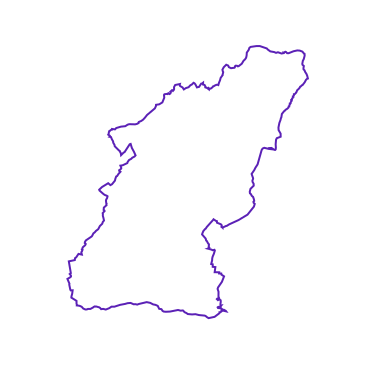 Gilau, Cluj, Romania (Natural Earth projection), rotated 166°
{"feature_id": "2599482B93154387611323", "entity_name": "Gilau", "entity_type": "district", "adm_level": 2, "iso_a3": "ROU", "parent_name": "Romania", "parent_adm1": "Cluj", "projection": "natural_earth1", "projection_center": [23.329, 46.73], "detail": "fine", "context": "isolated", "style": "outline", "palette": "violet", "viewbox_px": 384, "rotation_deg": 166, "n_neighbors": 0, "source": "geoboundaries", "source_scale": "gbopen_adm2", "svg_char_len": 5977}
<svg xmlns="http://www.w3.org/2000/svg" viewBox="0 0 384 384"><g transform="rotate(166 192 192)"><path d="M195.1,293.5L195.7,292.9L196.1,290.2L199.1,286.1L202.6,285.0L205.8,285.3L206.2,284.1L207.8,282.1L217.0,277.6L219.7,275.5L222.0,274.0L224.1,273.2L226.7,272.8L227.1,272.4L227.2,271.8L228.9,271.4L230.8,271.4L236.5,273.0L238.2,272.9L240.8,272.0L245.1,272.6L250.0,272.4L251.6,271.4L254.3,272.5L254.5,271.9L255.1,272.0L257.4,271.1L257.3,270.9L258.1,270.3L258.9,268.4L259.4,267.9L258.1,266.5L258.1,265.8L258.6,265.5L257.3,264.9L257.0,262.6L256.3,260.2L256.5,258.9L255.8,256.5L255.9,255.1L252.9,250.1L252.1,249.1L252.2,248.7L251.7,247.1L251.9,244.9L248.8,246.8L247.8,247.0L240.9,253.4L239.9,253.5L239.7,249.3L238.6,245.1L237.9,241.2L239.2,240.3L241.7,239.7L242.9,238.9L245.3,238.3L247.1,236.8L247.8,235.7L252.9,234.7L255.1,234.9L254.8,232.8L255.0,231.9L256.3,231.1L257.4,230.8L257.5,230.6L257.4,229.7L256.6,228.9L259.0,227.3L260.8,225.6L261.8,225.4L263.1,223.5L264.0,221.7L267.7,218.9L269.5,218.4L271.2,220.8L278.1,218.6L281.5,216.7L281.4,215.8L278.3,211.3L277.2,210.1L275.7,209.1L275.0,208.3L275.8,206.7L277.1,205.4L277.6,204.3L277.9,201.8L277.7,201.4L278.1,200.8L278.1,199.9L281.3,198.2L282.1,195.9L281.6,195.4L281.4,194.7L283.8,193.1L283.8,192.2L284.3,190.4L284.2,188.6L284.3,185.6L285.8,184.5L286.8,182.9L289.6,181.3L292.0,178.6L294.6,177.5L296.1,176.4L297.7,175.7L299.5,173.6L300.2,173.1L306.7,170.7L308.0,169.4L308.4,168.4L307.7,167.5L307.9,166.9L308.6,166.2L311.3,164.8L311.9,164.0L312.3,163.2L312.2,162.7L312.7,162.7L312.6,162.1L313.0,161.2L314.0,160.3L314.0,157.9L317.1,159.4L320.2,156.6L321.5,156.1L322.2,154.3L328.3,154.5L329.2,142.6L330.5,142.0L329.7,140.3L329.9,139.2L331.1,138.6L333.9,137.8L333.1,132.6L333.5,131.9L333.7,126.7L333.5,125.9L331.6,125.5L332.9,122.2L334.2,119.9L334.6,118.7L330.4,114.3L331.1,111.4L330.9,110.4L331.2,109.8L329.1,109.0L328.1,108.4L326.8,107.3L325.7,105.2L323.9,103.8L322.4,103.5L321.3,103.7L318.9,103.1L315.6,104.0L315.2,104.3L313.9,104.5L313.6,104.2L312.7,104.1L309.9,102.5L309.2,101.7L308.5,100.3L306.5,100.1L304.1,98.8L300.4,99.3L297.9,100.2L294.9,99.5L289.1,99.9L284.0,99.6L281.4,99.7L278.4,99.2L275.8,97.2L273.9,96.8L272.4,96.0L270.6,96.2L262.6,96.1L259.3,94.5L257.0,92.4L254.7,91.3L252.8,89.8L252.1,86.6L250.0,85.7L249.3,83.7L248.3,82.8L246.3,82.1L242.2,81.3L234.1,80.9L231.7,79.6L229.6,79.3L229.3,79.1L228.3,77.2L226.7,75.9L225.6,74.6L221.6,73.2L218.2,72.6L215.0,70.9L209.6,69.0L208.8,68.4L207.7,66.9L206.4,65.6L200.3,65.4L195.1,67.6L194.6,68.1L194.4,68.7L193.6,68.4L192.2,69.1L190.8,69.5L187.7,67.9L187.9,68.4L189.5,70.0L191.6,70.7L191.4,70.9L191.3,71.3L191.7,71.7L191.8,72.1L194.8,73.1L195.0,73.9L194.6,74.1L191.8,74.1L191.1,74.7L191.6,74.7L191.6,76.2L190.7,78.4L190.4,80.0L191.5,81.3L193.0,80.8L193.8,82.1L193.4,82.4L191.4,82.7L191.6,84.2L190.4,88.8L190.6,91.8L189.8,93.1L184.7,97.6L181.3,102.4L183.4,104.7L183.3,105.8L185.4,106.4L185.0,107.5L189.4,108.7L187.5,113.5L190.0,114.4L189.4,116.8L190.8,117.5L189.1,120.6L188.4,122.8L187.6,124.3L185.7,126.8L184.0,129.7L184.2,130.5L186.0,130.5L187.2,131.5L190.3,133.2L189.1,133.3L189.1,133.8L188.8,133.9L189.2,134.6L188.6,135.5L188.6,136.4L188.2,137.1L188.9,138.5L189.5,140.9L190.0,141.5L190.0,143.5L192.5,148.4L192.1,149.1L190.5,151.3L188.3,152.9L187.6,153.1L186.1,154.5L178.1,159.9L177.7,160.3L175.7,158.1L174.9,157.7L175.2,156.2L171.8,153.7L171.2,152.5L171.9,151.0L171.7,150.7L171.2,150.6L170.9,150.0L170.8,150.3L169.8,150.3L167.2,150.8L166.5,150.7L163.8,151.6L153.7,153.5L143.6,156.6L135.5,162.8L134.0,165.3L134.8,166.6L134.8,167.6L133.8,168.3L133.7,169.9L133.9,172.4L134.9,173.8L135.1,174.3L135.2,175.4L136.1,176.7L135.9,178.3L134.5,180.9L130.6,183.2L130.2,185.1L130.8,187.2L130.6,188.5L129.5,190.1L129.4,190.8L129.8,195.1L126.3,198.2L124.6,200.2L121.7,202.9L114.6,215.3L114.0,216.2L112.9,217.1L111.2,217.4L107.2,215.3L103.8,214.0L105.2,215.7L104.2,215.5L101.9,213.0L101.1,212.7L100.5,213.1L99.9,214.7L99.3,218.0L97.8,222.4L96.7,223.7L92.6,224.2L91.9,227.2L93.0,231.1L92.5,233.7L90.5,237.9L88.7,240.5L87.9,242.1L87.3,242.7L85.9,246.0L83.0,248.2L82.1,248.5L81.4,249.1L79.3,249.8L78.0,250.6L77.5,251.6L77.0,251.6L77.0,251.9L76.7,252.1L76.1,253.2L75.1,254.0L75.3,254.3L74.8,254.4L74.7,254.9L73.7,256.1L73.6,256.9L73.3,256.8L73.3,257.2L73.0,257.2L73.0,257.5L72.6,257.7L72.5,258.2L71.7,258.7L71.4,259.5L70.7,259.7L70.8,260.2L70.5,260.2L70.2,260.9L69.8,261.1L69.5,262.1L69.1,261.9L67.3,262.9L67.1,263.3L66.6,263.5L66.2,264.1L65.3,265.3L63.6,266.2L62.1,267.3L61.6,268.0L61.0,268.1L59.5,269.0L58.9,269.0L56.1,271.2L54.3,273.2L52.8,274.1L52.1,274.1L52.1,277.0L52.4,279.0L53.1,280.9L53.4,282.9L54.1,284.0L53.9,285.2L53.0,287.2L54.0,288.7L54.0,289.6L52.7,292.5L51.5,293.8L50.1,296.3L49.6,297.4L49.4,298.9L49.8,299.1L50.9,301.5L53.2,303.1L55.6,303.9L59.5,304.0L64.7,303.3L66.1,303.7L67.0,305.2L67.5,305.5L68.3,305.3L68.9,304.8L69.6,305.2L69.7,304.6L71.6,304.7L74.8,306.8L76.8,306.7L78.4,307.9L82.0,309.5L84.0,311.9L84.7,313.2L90.9,317.2L94.1,318.0L100.0,318.6L101.4,318.0L102.7,316.1L105.1,314.0L106.0,311.2L107.0,309.2L108.4,307.9L110.2,306.9L112.7,304.4L116.1,302.9L117.1,302.8L117.5,303.4L118.9,304.0L119.9,303.6L120.0,303.0L120.7,302.3L124.2,302.7L126.0,304.2L126.3,305.9L128.0,307.2L131.0,305.4L132.9,303.3L132.9,301.4L132.7,300.8L133.5,299.2L133.9,298.7L133.9,298.1L136.6,295.8L137.8,293.6L139.3,291.6L140.6,289.4L141.3,289.9L142.4,290.1L144.5,289.7L145.1,289.4L146.0,289.4L146.6,288.8L148.5,287.9L149.8,287.8L150.5,288.6L150.8,287.5L152.2,289.3L153.8,290.3L153.8,290.6L153.4,290.9L153.9,292.8L155.3,293.6L154.8,295.4L156.1,294.8L156.9,294.9L159.7,292.3L161.9,292.3L162.7,295.7L163.3,296.9L164.1,297.6L166.2,296.3L167.7,296.0L170.0,294.5L172.9,294.3L175.1,293.5L175.9,295.8L177.9,297.7L178.1,298.8L177.6,299.7L177.9,299.7L182.4,299.9L184.0,298.2L184.3,297.2L184.4,296.3L184.9,295.5L185.9,294.8L186.1,295.4L186.8,295.2L187.0,295.5L188.8,294.5L188.5,293.7L189.2,292.8L190.2,292.5L191.1,293.6L192.0,292.9L192.9,293.3L195.1,293.5Z" fill="none" stroke="#5b21b6" stroke-width="2"/></g></svg>